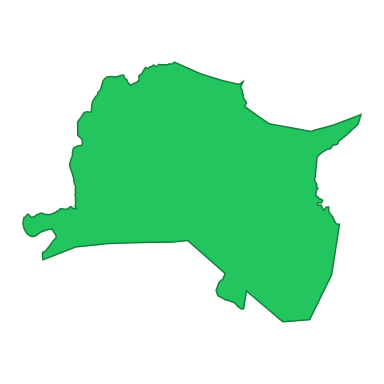 Santiago Textitlán, Oaxaca, Mexico
{"feature_id": "50627088B13437276838139", "entity_name": "Santiago Textitlán", "entity_type": "district", "adm_level": 2, "iso_a3": "MEX", "parent_name": "Mexico", "parent_adm1": "Oaxaca", "projection": "equal_earth", "projection_center": [-97.325, 16.718], "detail": "fine", "context": "isolated", "style": "filled", "palette": "green", "viewbox_px": 384, "rotation_deg": 0, "n_neighbors": 0, "source": "geoboundaries", "source_scale": "gbopen_adm2", "svg_char_len": 5245}
<svg xmlns="http://www.w3.org/2000/svg" viewBox="0 0 384 384"><path d="M282.9,321.8L309.6,319.7L329.2,279.9L330.3,277.5L331.6,274.9L339.5,224.2L339.4,224.2L338.5,224.3L337.0,224.0L336.4,223.7L335.7,223.0L335.0,221.7L334.4,220.9L333.7,219.8L333.5,218.4L332.9,217.4L332.4,216.4L331.2,215.1L330.6,214.2L329.9,213.4L329.5,212.8L328.9,211.9L328.7,210.5L328.8,209.1L328.8,207.8L328.8,207.0L326.4,207.1L324.3,209.3L323.8,210.1L323.2,210.3L321.2,205.2L320.5,204.9L319.6,205.1L319.0,205.2L318.3,205.2L317.9,205.2L317.5,205.0L317.5,203.6L317.9,202.7L318.4,202.6L320.2,202.9L321.0,202.8L321.4,202.6L321.8,202.3L322.2,201.9L322.4,201.3L322.4,200.7L322.6,200.3L321.9,199.8L320.8,199.2L320.1,198.8L318.8,198.2L317.8,197.2L317.7,196.7L316.7,196.2L316.0,195.9L315.8,195.3L315.8,194.9L315.8,193.9L315.8,193.7L316.1,192.3L316.1,191.4L316.2,190.8L316.4,190.4L316.9,190.0L317.4,189.3L317.9,188.7L317.7,187.8L317.2,187.4L316.5,187.2L316.3,186.6L316.5,185.8L316.8,185.3L316.9,184.7L316.6,183.8L316.1,182.9L315.4,182.2L315.2,181.6L314.9,181.0L314.7,180.1L314.6,179.6L314.6,179.0L314.7,178.2L314.9,178.0L315.1,177.7L317.1,157.0L318.5,155.8L319.3,154.6L320.8,153.5L321.8,152.5L322.8,151.9L324.3,151.0L325.6,150.3L326.7,149.7L327.6,149.1L328.4,148.9L329.4,149.0L330.3,148.6L331.2,147.9L331.7,146.9L332.0,146.2L333.0,145.2L333.2,144.9L334.4,145.0L335.9,144.7L336.2,144.6L336.7,144.4L337.5,143.9L338.0,143.3L338.3,142.1L338.4,141.5L343.4,137.5L346.3,135.1L357.9,124.5L361.0,114.6L332.8,125.3L313.9,130.3L311.5,131.5L269.2,123.8L255.1,114.1L245.3,106.9L244.9,106.7L244.6,105.7L245.3,104.9L246.0,103.9L246.5,103.2L246.5,102.9L246.0,102.6L245.9,102.2L245.9,101.8L245.8,101.6L245.7,101.7L245.5,101.0L245.2,100.5L245.1,100.1L244.8,100.1L244.6,99.9L244.4,99.5L244.0,98.9L243.9,98.6L243.6,97.3L243.2,96.7L242.9,96.2L243.1,95.6L243.2,95.2L243.3,95.0L243.1,94.1L242.9,93.9L242.7,93.6L242.5,93.0L242.5,92.3L242.5,91.9L242.3,91.5L242.3,90.6L242.0,89.8L241.4,89.0L240.9,88.1L240.6,87.1L241.4,86.0L241.4,85.5L241.2,85.2L241.5,84.6L241.9,84.4L242.0,83.9L242.8,82.5L243.2,81.6L239.1,84.4L223.3,80.8L223.0,80.7L220.8,80.1L200.3,73.7L174.5,62.2L171.9,64.0L170.7,64.1L170.2,64.1L169.5,63.9L169.0,64.0L168.6,64.2L167.6,64.7L166.6,64.8L165.5,64.7L165.0,64.8L164.5,64.7L163.6,64.7L162.6,64.7L161.8,64.9L160.7,64.7L159.9,64.4L158.6,64.7L157.6,65.8L156.6,66.5L155.7,66.5L154.4,65.7L153.8,65.0L152.6,65.7L151.2,66.5L149.9,67.0L149.1,67.5L148.4,68.2L147.3,68.4L146.4,68.3L145.7,67.4L144.8,68.4L143.9,69.8L143.4,70.8L142.8,72.0L142.0,73.3L141.3,74.2L140.4,74.7L139.8,75.0L139.4,75.3L138.9,76.0L138.7,76.9L139.0,77.8L139.2,79.0L138.9,80.3L137.3,81.9L135.7,82.8L134.5,83.2L133.4,83.6L132.3,84.4L130.7,85.4L129.4,84.0L127.8,82.3L127.1,80.9L126.9,79.7L126.1,79.2L125.1,78.6L124.4,77.6L124.1,76.3L123.8,75.3L122.9,75.0L121.0,75.5L119.0,76.1L117.3,76.5L115.4,77.0L113.8,77.0L112.7,76.5L110.8,76.4L108.5,77.0L108.3,77.0L107.7,76.8L107.2,76.9L106.5,77.3L105.9,77.6L105.5,78.1L103.7,79.9L103.0,81.1L102.6,81.9L102.5,83.0L102.3,83.8L101.9,84.9L101.6,86.2L101.1,87.5L100.7,88.7L100.5,89.7L100.1,90.4L99.7,90.7L99.0,91.3L97.7,92.7L97.8,94.5L95.8,96.4L94.2,98.9L93.7,99.8L92.9,100.9L92.3,102.4L91.9,105.1L91.6,107.6L91.5,109.8L91.4,111.8L89.4,112.2L88.9,112.0L88.0,111.8L86.9,111.8L85.1,112.2L84.1,112.7L83.3,113.5L82.5,115.1L81.5,116.6L77.6,122.1L77.8,135.6L79.2,136.6L80.2,137.4L81.6,139.0L82.3,140.5L82.5,143.5L81.2,145.4L79.7,145.9L78.2,145.8L76.9,146.3L76.0,146.7L74.6,147.4L73.5,148.3L72.8,150.5L72.9,150.8L72.4,153.0L72.5,154.2L72.5,155.0L71.9,157.3L71.2,158.6L70.5,160.8L70.1,162.8L69.7,164.4L69.9,166.3L70.4,168.3L71.0,169.5L71.5,171.4L71.9,172.5L72.6,174.3L73.0,176.2L73.7,177.9L73.8,180.2L74.1,182.1L74.6,184.3L75.8,186.4L75.3,189.1L75.4,191.0L75.5,192.7L75.1,194.9L75.5,196.7L75.5,200.4L75.7,202.6L75.5,204.0L75.1,206.4L76.2,208.4L73.9,208.7L72.4,207.9L71.2,206.7L70.0,206.9L68.2,208.5L66.7,209.3L64.5,209.2L63.0,208.9L62.2,208.5L61.1,208.8L60.0,208.9L58.9,210.0L58.0,211.5L56.6,211.2L55.3,212.6L54.0,212.9L53.1,213.5L51.6,214.0L49.9,214.7L47.7,214.5L45.4,214.5L44.2,214.1L42.8,213.4L41.7,213.2L40.6,213.1L38.9,214.1L37.3,214.5L35.1,216.1L34.2,216.5L33.1,217.1L32.1,217.1L30.4,217.0L29.2,214.9L28.0,214.2L26.6,215.1L25.1,217.3L24.0,217.5L23.3,220.9L23.0,223.8L23.3,225.2L23.9,228.3L24.5,229.1L25.0,230.4L25.9,231.9L26.7,233.2L27.7,234.3L29.1,235.2L30.2,236.0L31.2,236.3L32.4,236.6L33.3,236.4L34.3,236.2L35.2,236.0L36.5,235.3L37.3,234.8L38.0,234.2L40.3,232.3L43.4,231.2L46.8,229.9L51.9,229.0L53.1,230.8L54.2,232.6L55.7,235.0L56.1,236.5L55.8,238.5L53.7,240.1L52.6,241.6L51.0,243.9L49.7,245.7L48.7,247.1L47.6,248.3L46.3,250.2L44.6,251.7L43.8,252.2L42.8,252.1L42.4,253.3L42.9,259.8L76.0,246.9L87.9,245.7L108.9,243.5L145.7,242.4L171.9,242.1L187.8,240.5L225.1,273.5L224.6,274.8L224.2,276.0L223.6,277.0L223.4,277.7L223.3,278.4L223.0,278.7L222.7,279.3L221.6,280.0L219.2,282.3L218.5,284.0L216.1,290.4L217.8,295.6L224.3,299.1L224.9,299.6L226.0,300.1L227.0,300.1L228.1,300.3L228.9,300.6L229.8,300.8L230.7,301.5L232.1,301.9L233.7,302.3L234.2,302.9L234.9,303.3L235.5,303.8L236.3,304.7L236.7,305.0L237.2,305.7L238.0,306.6L238.9,307.2L239.8,307.8L240.6,308.5L241.7,308.9L242.5,309.1L243.6,308.8L246.5,291.0L250.2,294.1L271.6,312.3L274.7,315.0L282.9,321.8Z" fill="#22c55e" stroke="#15803d" stroke-width="1.5"/></svg>